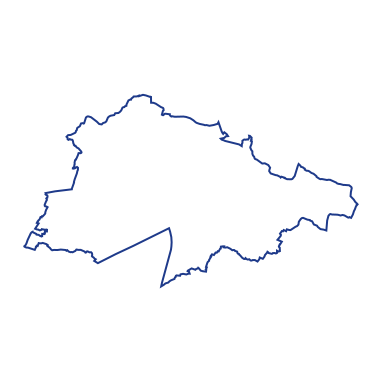 the district of Kota Cimahi, Jawa Barat, Indonesia, rotated 92°
{"feature_id": "22746128B53430054982428", "entity_name": "Kota Cimahi", "entity_type": "district", "adm_level": 2, "iso_a3": "IDN", "parent_name": "Indonesia", "parent_adm1": "Jawa Barat", "projection": "robinson", "projection_center": [107.546, -6.882], "detail": "fine", "context": "isolated", "style": "outline", "palette": "blue", "viewbox_px": 384, "rotation_deg": 92, "n_neighbors": 0, "source": "geoboundaries", "source_scale": "gbopen_adm2", "svg_char_len": 6070}
<svg xmlns="http://www.w3.org/2000/svg" viewBox="0 0 384 384"><g transform="rotate(92 192 192)"><path d="M203.6,337.4L204.4,336.8L205.5,336.9L206.1,337.4L209.9,338.8L210.9,338.7L211.4,338.3L211.6,336.9L212.2,335.8L215.0,337.2L217.4,337.9L218.5,337.9L219.2,338.3L221.5,340.3L221.4,341.0L222.5,341.4L222.2,341.9L222.3,342.5L224.9,343.5L225.6,344.4L226.7,344.9L226.7,345.2L228.3,346.0L228.8,344.2L234.2,347.5L234.9,345.5L234.9,344.5L235.7,342.7L234.9,340.9L234.4,340.8L234.9,337.4L234.6,336.3L234.8,335.6L236.5,335.6L236.5,337.6L238.5,337.6L238.5,338.2L239.2,338.2L239.1,340.2L241.3,340.2L241.2,341.4L241.5,341.4L241.2,342.3L240.2,343.7L240.0,345.9L239.3,346.2L237.7,349.8L237.3,349.9L237.8,350.8L238.9,351.7L245.7,354.6L249.3,355.7L251.2,356.7L251.9,357.6L252.2,357.7L252.5,357.5L253.3,355.7L253.3,354.0L255.3,347.1L253.1,346.2L252.0,345.5L251.8,345.8L250.9,345.0L251.2,344.3L248.4,343.4L248.6,342.4L248.6,341.0L248.1,339.4L249.2,335.6L250.1,334.3L250.8,334.8L251.1,334.5L252.9,332.0L254.3,330.9L255.1,329.7L254.7,327.9L254.7,324.6L254.1,321.1L254.4,316.1L255.1,315.5L254.5,314.6L255.8,313.2L256.4,311.4L256.2,310.2L256.4,309.2L254.9,306.5L253.6,305.6L253.5,305.2L253.8,304.0L253.7,301.2L255.3,297.2L256.3,296.4L256.1,295.7L255.1,295.0L255.0,294.2L255.9,292.3L255.7,290.8L256.7,289.8L258.5,289.5L259.5,289.8L260.0,289.5L261.0,287.9L262.0,287.1L262.6,285.9L264.3,287.3L266.4,283.6L256.7,266.0L247.9,248.8L229.0,213.7L232.4,212.5L237.8,211.1L243.0,210.6L247.2,210.7L250.4,211.0L283.6,218.8L287.4,219.5L285.7,216.9L284.3,215.4L283.3,212.5L282.0,211.4L280.9,209.7L279.5,206.5L278.0,206.1L277.4,205.3L276.4,205.2L275.9,204.6L276.1,201.0L274.7,200.6L274.1,198.1L274.6,194.8L273.7,192.6L273.7,191.5L271.5,192.3L271.3,193.6L270.8,193.5L268.4,189.7L269.6,185.9L268.8,185.2L268.2,183.6L267.5,183.2L268.1,182.4L270.3,180.5L270.8,178.5L271.1,175.2L268.4,175.0L268.4,175.3L266.8,174.6L266.5,175.4L262.6,174.3L261.5,173.9L260.1,172.5L259.4,172.6L256.3,170.8L256.2,171.3L254.9,170.9L254.8,170.4L253.6,169.8L254.2,167.9L251.7,166.3L251.8,165.1L250.3,164.2L250.5,163.3L247.7,161.9L247.5,161.3L245.6,161.2L245.2,159.1L245.2,158.0L246.2,158.3L246.4,156.9L246.0,154.8L247.4,151.7L248.8,149.7L248.5,148.5L248.6,147.6L249.3,147.1L250.0,144.8L251.5,144.4L252.1,143.8L252.3,142.9L253.2,142.4L253.4,141.9L256.0,139.5L257.1,137.7L257.1,136.8L256.2,136.2L257.1,135.3L257.6,133.8L257.2,132.4L258.4,131.1L258.4,129.9L257.9,129.0L257.8,126.8L259.2,124.1L256.9,122.4L255.1,122.0L256.3,118.9L254.0,117.3L252.5,116.9L249.9,114.8L249.1,114.5L249.6,113.7L250.3,113.4L251.0,110.1L250.8,109.5L250.2,109.0L250.1,107.1L250.5,106.0L249.9,104.9L247.7,105.0L248.5,103.3L248.0,102.1L244.5,102.4L243.8,103.2L243.3,103.3L241.3,102.5L241.4,102.2L238.5,100.5L236.8,104.9L232.9,101.9L231.8,101.6L230.6,102.6L227.9,100.8L228.1,99.7L226.8,99.0L227.9,96.6L226.0,95.9L226.6,93.5L226.6,92.2L223.1,87.3L222.4,85.8L220.9,84.5L218.1,84.2L216.9,83.5L215.0,82.2L214.1,81.0L214.0,80.0L215.6,75.7L215.9,73.2L216.5,72.9L217.1,70.9L220.2,69.1L221.3,65.9L222.6,65.0L224.6,62.3L225.0,59.1L225.8,56.4L215.7,55.9L211.0,54.8L209.5,53.6L209.2,52.9L209.6,51.3L209.6,46.1L209.8,44.6L210.3,42.8L209.7,40.7L210.1,38.8L212.1,35.1L212.1,34.4L211.6,33.8L212.3,32.1L208.8,30.4L205.5,29.5L203.6,28.6L200.5,27.6L198.8,26.3L198.6,26.8L198.0,26.5L196.2,28.5L193.9,30.1L190.7,33.4L186.6,33.2L182.5,32.5L181.4,33.0L179.8,35.2L179.6,40.3L179.7,40.8L178.9,44.2L178.8,45.6L178.4,47.2L177.5,48.3L175.0,54.4L175.0,56.2L175.3,57.5L174.5,62.7L174.7,64.1L174.4,65.0L172.6,68.0L171.8,68.2L169.5,71.2L168.8,73.3L167.2,75.6L166.8,76.6L166.7,78.4L165.7,80.1L164.7,80.1L164.0,81.5L163.5,82.0L163.0,84.0L162.0,84.5L160.3,86.4L162.4,87.2L172.4,89.9L175.4,92.1L175.8,93.1L175.9,97.3L174.9,100.0L174.5,99.9L173.6,103.2L174.4,103.9L173.8,104.4L172.4,107.4L172.2,109.1L170.7,114.0L168.4,115.6L167.1,115.4L165.0,114.8L162.4,116.7L160.8,120.2L161.1,122.8L157.4,128.3L156.8,130.1L155.8,130.8L154.6,131.1L153.4,132.3L151.7,133.0L149.2,133.1L148.3,134.0L145.7,135.3L144.7,135.2L142.0,134.2L139.3,133.9L138.9,134.9L137.3,134.3L137.0,134.7L136.4,134.4L135.6,134.3L133.9,136.1L133.8,136.9L135.3,136.5L137.6,137.7L137.6,139.2L137.9,140.1L137.7,141.0L137.8,141.8L139.0,143.4L141.2,143.3L142.1,143.8L144.4,143.9L142.8,146.6L139.8,160.8L139.5,161.3L138.6,164.2L137.7,165.1L136.8,161.6L135.2,160.1L134.9,158.0L133.1,159.2L131.2,161.8L132.8,162.9L132.1,163.5L130.6,164.4L121.3,168.0L123.0,168.8L124.3,172.7L125.2,176.9L124.6,179.8L124.8,181.4L124.4,182.6L123.7,186.7L122.7,189.9L122.1,190.9L120.3,193.1L118.4,196.3L117.2,200.5L116.9,203.3L117.4,211.8L117.0,214.7L117.3,215.3L116.4,216.5L115.6,217.0L115.1,216.9L114.7,221.2L114.9,222.2L116.2,223.3L116.2,224.0L115.8,224.8L112.0,223.9L111.2,223.2L109.5,223.5L109.0,223.9L108.2,226.0L105.0,231.3L104.2,233.7L104.2,236.0L98.4,236.3L98.2,237.1L98.4,237.3L97.1,241.5L96.6,244.4L97.9,247.8L97.4,247.7L97.3,247.9L98.4,250.4L98.6,253.7L99.2,254.0L100.8,255.9L101.8,256.1L101.9,257.2L102.7,258.7L106.8,260.5L108.2,260.6L108.5,261.8L109.5,262.6L109.6,263.4L110.1,264.4L113.0,265.6L114.5,266.9L115.6,268.3L116.0,271.5L117.8,272.4L118.6,276.0L119.3,277.3L120.5,278.6L124.4,280.1L125.4,281.1L126.2,283.3L127.6,284.6L127.3,287.1L125.0,289.6L120.8,295.5L120.1,298.0L120.1,298.9L120.5,299.8L121.3,300.6L127.0,302.2L127.4,302.6L127.0,303.7L127.4,305.3L130.2,306.4L131.8,308.7L132.2,309.0L134.3,309.4L135.0,310.1L136.2,310.3L136.9,310.8L139.2,315.2L139.5,317.8L141.2,319.3L142.1,318.3L143.7,318.1L144.2,317.2L143.4,316.0L143.8,315.2L144.0,313.4L145.1,312.8L147.8,312.2L148.7,311.5L149.2,311.6L150.0,310.7L149.9,310.0L151.4,308.9L152.4,306.9L155.2,304.3L156.1,303.8L156.7,304.0L157.1,304.7L157.1,306.7L159.2,307.3L162.7,308.7L163.1,309.1L163.7,309.1L164.3,310.0L166.9,310.4L168.2,310.2L169.3,310.6L170.5,310.4L172.2,311.9L172.7,311.9L172.8,311.2L172.4,309.9L171.0,307.8L171.8,306.8L173.9,306.8L175.1,307.3L177.4,307.7L183.5,309.7L186.3,310.4L186.7,310.2L192.9,312.2L193.5,312.2L196.1,328.8L198.2,338.3L198.8,338.0L199.5,338.3L200.0,337.7L200.3,336.6L201.2,336.2L202.7,336.4L202.8,336.9L203.6,337.4Z" fill="none" stroke="#1e3a8a" stroke-width="2"/></g></svg>